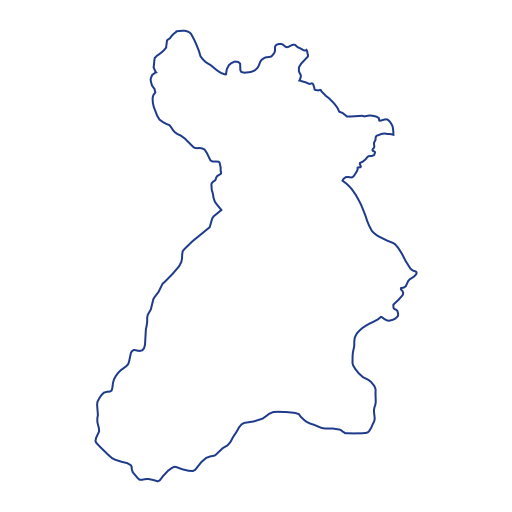 Lao Cai, Lào Cai, Vietnam
{"feature_id": "81297802B32838967164839", "entity_name": "Lao Cai", "entity_type": "district", "adm_level": 2, "iso_a3": "VNM", "parent_name": "Vietnam", "parent_adm1": "Lào Cai", "projection": "albers", "projection_center": [103.995, 22.419], "detail": "fine", "context": "isolated", "style": "outline", "palette": "blue", "viewbox_px": 512, "rotation_deg": 0, "n_neighbors": 0, "source": "geoboundaries", "source_scale": "gbopen_adm2", "svg_char_len": 5966}
<svg xmlns="http://www.w3.org/2000/svg" viewBox="0 0 512 512"><path d="M306.5,50.0L306.2,50.3L305.7,50.4L304.5,50.5L303.1,50.0L300.4,48.4L298.7,47.7L297.6,47.1L296.8,46.5L295.5,45.2L294.9,44.8L294.2,44.7L292.9,44.8L292.1,45.0L288.5,46.8L287.6,47.1L286.6,47.1L285.7,46.9L282.7,44.5L281.2,44.0L280.4,43.9L278.5,44.1L277.3,44.5L276.3,44.9L275.7,45.5L275.2,46.4L275.0,47.4L275.0,50.8L274.8,51.4L274.3,52.9L272.7,55.0L271.4,56.4L269.9,56.9L265.6,57.4L264.1,58.1L262.6,59.1L261.3,60.2L260.3,61.7L258.7,65.7L257.9,67.3L256.7,68.7L254.6,70.5L250.8,72.0L246.5,72.5L244.4,72.7L242.4,72.3L241.2,71.8L240.4,70.3L240.3,69.4L240.2,65.4L240.1,63.6L238.1,61.9L234.6,61.6L231.2,63.2L228.9,65.2L226.9,69.0L226.1,73.1L226.2,73.7L226.1,74.2L225.9,74.4L224.9,74.4L221.6,73.2L219.4,72.0L216.3,69.8L210.9,65.3L206.6,62.7L205.1,61.6L202.7,59.2L200.5,56.3L198.9,50.9L195.8,43.2L193.9,39.2L191.0,33.8L189.4,32.4L187.4,31.4L185.0,30.8L183.1,30.7L176.4,31.3L176.0,32.1L174.7,33.0L172.2,35.2L169.9,38.3L167.5,39.9L167.0,40.5L166.6,43.8L166.2,46.6L166.2,47.5L163.8,50.4L161.8,52.2L159.6,53.9L156.9,55.8L154.8,57.9L154.5,59.0L153.9,65.3L153.6,67.5L153.9,68.0L155.5,71.7L156.1,72.4L155.4,72.6L152.2,74.9L151.1,77.6L150.6,79.4L150.9,81.7L151.8,84.8L152.1,85.7L154.6,89.1L154.9,91.1L155.3,91.9L155.3,92.6L153.6,94.6L152.9,96.6L152.6,98.5L152.9,103.2L153.8,107.0L157.2,115.8L159.5,119.6L163.1,122.2L166.7,124.1L169.4,125.1L170.8,126.8L172.9,130.0L174.9,132.3L177.9,134.3L180.7,135.5L184.8,138.5L193.5,147.2L194.9,147.9L196.9,148.2L199.7,148.0L202.4,148.5L204.4,149.4L206.7,152.7L210.4,160.3L212.2,161.4L212.9,161.5L218.2,161.6L219.0,162.0L219.6,162.7L220.7,167.9L220.6,170.3L221.1,172.6L221.1,173.2L220.8,173.8L217.0,176.2L216.0,178.1L215.6,179.7L214.8,180.6L213.1,181.7L211.9,183.0L211.4,184.2L211.7,189.5L212.8,193.5L213.2,195.5L213.4,197.4L214.8,201.6L216.7,204.3L221.4,210.0L213.8,216.2L212.2,218.5L209.7,227.2L192.3,241.4L184.6,248.9L182.7,251.2L182.2,254.4L182.0,258.8L181.3,262.0L179.0,266.4L172.4,274.1L164.5,282.1L162.6,283.7L158.5,292.0L155.0,296.5L153.4,299.0L150.8,309.5L147.8,314.7L147.2,317.5L147.2,321.9L146.5,326.5L145.9,329.0L145.0,344.8L144.0,348.3L142.3,350.3L140.0,350.9L138.1,350.8L134.6,350.0L133.5,350.1L131.9,351.3L130.9,352.9L129.2,360.9L128.2,364.1L126.4,366.1L120.8,370.2L118.1,372.9L115.9,375.9L114.0,379.3L113.0,382.9L112.3,388.2L111.5,390.7L109.5,391.7L107.5,391.7L104.0,392.6L101.7,394.8L99.5,397.9L97.4,401.9L97.1,404.9L97.9,415.0L97.3,418.6L97.4,422.3L98.9,428.2L99.1,431.4L96.1,437.9L95.5,440.8L95.7,441.8L96.5,443.1L100.9,447.7L108.2,454.8L112.1,458.2L115.4,459.8L121.9,461.9L127.2,463.1L130.8,465.2L131.6,466.6L131.8,469.2L132.2,470.8L132.9,472.4L137.5,477.9L139.5,479.7L141.7,479.8L145.6,479.1L148.6,479.0L153.7,480.1L157.6,481.3L158.6,481.0L159.8,480.3L163.2,475.9L168.1,470.7L172.0,467.9L174.0,466.9L175.8,466.9L182.4,469.3L188.7,470.8L192.9,471.0L195.1,469.9L201.4,462.0L206.2,457.9L210.0,456.5L214.5,455.6L215.6,454.9L222.8,448.1L227.5,445.4L230.3,442.2L233.1,437.0L236.3,432.2L239.2,427.1L241.6,424.3L244.3,422.9L254.0,421.4L262.6,418.6L266.0,416.2L269.3,413.7L273.4,412.0L277.8,411.8L287.0,412.1L294.9,412.9L298.8,414.1L300.8,416.8L304.5,420.3L306.2,421.6L308.5,422.8L311.0,423.9L313.8,424.7L320.9,427.7L323.0,428.2L325.0,428.5L332.6,428.5L339.7,429.6L341.3,430.4L342.8,431.7L344.3,432.5L345.1,433.2L353.3,433.4L361.9,433.3L366.3,432.9L368.0,432.2L369.2,431.0L371.2,427.8L372.8,424.0L373.9,421.9L374.4,420.6L374.7,418.3L374.0,411.9L374.0,409.9L374.4,407.5L375.2,405.2L375.7,402.5L375.7,399.8L375.5,393.7L375.6,389.4L374.4,386.1L371.1,382.0L368.7,380.1L366.7,379.0L364.6,378.0L362.9,377.1L358.4,373.0L357.1,371.2L355.5,369.3L353.2,365.5L352.5,363.1L352.6,356.0L352.9,352.4L354.2,346.3L354.3,341.1L354.7,338.1L355.6,335.7L357.2,333.0L359.7,330.4L362.5,327.9L365.7,325.8L369.7,323.5L372.8,322.1L377.7,319.5L381.0,316.9L381.8,317.1L384.6,319.2L386.8,320.3L388.3,320.7L389.3,320.7L392.5,319.9L395.0,318.8L397.2,316.9L397.9,315.9L398.1,314.9L398.1,313.5L397.6,311.8L397.2,310.7L396.3,309.9L394.0,308.7L393.5,307.8L393.3,304.9L394.2,303.8L398.5,299.8L401.8,296.1L402.8,294.8L403.1,293.7L403.1,292.5L402.2,290.7L401.1,289.6L400.9,288.8L401.0,288.1L404.0,287.5L405.8,286.2L408.1,281.2L409.6,279.4L414.1,276.5L416.3,274.1L416.5,273.2L416.5,272.3L416.1,271.8L415.2,271.3L413.5,270.8L411.8,269.9L410.3,268.4L405.8,261.3L402.1,254.1L399.8,250.4L398.3,248.0L395.2,244.4L393.1,243.0L387.3,240.7L379.4,236.8L376.8,235.3L375.2,234.0L373.7,232.8L371.8,230.8L369.0,225.4L367.3,221.3L365.2,215.0L361.1,204.8L358.8,200.3L355.8,194.9L351.5,188.8L349.2,186.3L346.4,183.6L342.5,180.7L343.2,179.3L344.1,178.4L345.9,177.1L348.2,177.0L350.6,177.4L351.8,177.4L352.5,177.1L353.4,176.4L354.2,175.5L356.8,171.4L357.6,169.5L357.6,167.7L358.2,167.4L360.2,167.3L360.5,167.1L360.8,166.8L360.7,166.0L359.9,164.2L359.9,163.3L360.0,162.9L362.5,161.8L365.4,159.5L366.1,158.7L367.1,157.3L368.4,156.3L369.1,156.1L371.9,156.0L374.1,155.0L374.7,153.5L375.0,152.2L374.8,151.9L374.4,151.5L372.8,150.8L372.6,150.5L372.5,149.8L372.7,149.2L373.9,147.8L374.2,147.2L374.3,146.0L374.0,144.3L374.0,143.0L374.4,141.9L375.4,140.2L375.8,136.8L376.5,135.9L377.4,135.4L378.7,135.1L381.4,133.9L384.8,133.5L387.4,134.0L390.7,134.1L393.4,134.8L393.3,131.2L392.7,126.8L392.1,125.3L391.1,123.5L389.8,121.6L388.1,120.0L387.0,119.4L384.9,119.4L380.7,120.6L379.6,120.7L379.2,120.5L378.9,118.2L376.6,116.7L374.4,116.1L370.7,115.5L369.4,115.5L364.3,116.4L363.1,116.0L361.9,115.8L350.6,116.5L347.0,116.5L342.6,113.0L339.2,111.7L337.9,108.7L336.8,106.9L333.9,103.2L328.7,98.0L326.1,96.1L321.3,91.2L321.1,90.5L320.8,90.1L320.3,89.9L318.1,90.4L315.1,89.9L314.5,89.2L314.4,88.0L313.3,84.7L312.8,83.8L312.4,83.5L311.6,83.4L310.3,83.8L309.6,83.9L308.9,83.8L305.9,82.4L301.6,81.2L300.2,80.6L299.4,80.5L300.0,79.4L300.7,77.1L300.9,76.2L300.8,75.3L299.7,73.1L299.1,71.8L298.9,70.5L298.9,67.9L299.1,67.0L301.1,63.7L307.8,56.6L308.0,56.0L307.9,54.5L307.5,53.6L307.1,51.1L306.5,50.0Z" fill="none" stroke="#1e3a8a" stroke-width="2"/></svg>